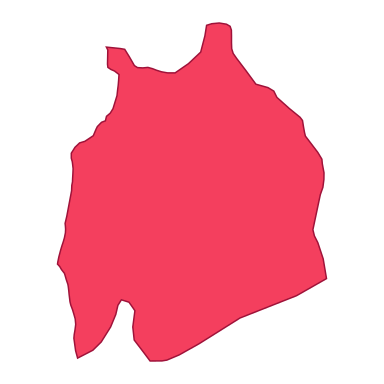 the district of Baoro, Nana-Mambéré, Central African Republic
{"feature_id": "33826404B60338684619617", "entity_name": "Baoro", "entity_type": "district", "adm_level": 2, "iso_a3": "CAF", "parent_name": "Central African Republic", "parent_adm1": "Nana-Mambéré", "projection": "robinson", "projection_center": [16.033, 5.49], "detail": "fine", "context": "isolated", "style": "filled", "palette": "rose", "viewbox_px": 384, "rotation_deg": 0, "n_neighbors": 0, "source": "geoboundaries", "source_scale": "gbopen_adm2", "svg_char_len": 1670}
<svg xmlns="http://www.w3.org/2000/svg" viewBox="0 0 384 384"><path d="M77.6,358.1L92.9,350.2L101.2,342.0L110.6,327.0L115.8,314.4L117.9,305.3L121.4,299.8L129.0,302.2L132.8,307.6L134.9,310.7L132.8,327.0L134.2,340.0L143.5,352.2L150.1,361.0L162.0,360.9L166.9,360.1L179.2,354.9L199.3,343.6L240.0,318.0L296.5,295.7L326.5,278.6L323.2,258.9L317.8,242.6L314.4,235.9L312.9,229.7L320.3,194.7L322.9,187.3L323.9,179.5L324.0,172.8L323.2,168.6L322.3,163.7L321.9,159.2L317.8,152.4L305.4,136.1L304.5,132.4L303.5,126.8L302.5,120.5L300.1,117.3L289.2,108.4L276.9,97.4L273.8,91.1L268.0,87.6L255.9,84.2L245.6,70.2L236.7,58.5L233.2,53.5L231.7,48.7L231.5,42.7L231.5,35.6L231.4,30.1L230.1,26.3L226.5,24.2L219.3,23.0L211.8,23.7L206.6,25.3L204.9,35.9L200.7,52.1L188.4,63.7L175.1,72.9L167.7,72.9L161.5,71.8L156.4,70.2L152.6,68.7L147.9,67.4L142.8,67.9L137.5,67.6L134.4,65.6L129.4,56.9L124.7,49.3L120.0,48.5L106.4,47.1L107.8,50.0L107.5,64.2L107.9,67.4L111.0,69.5L114.5,71.0L115.9,72.1L119.0,74.5L118.6,80.5L118.2,85.3L117.6,90.0L117.0,95.6L116.4,97.6L113.0,108.7L110.2,113.2L106.5,116.3L105.4,120.8L101.5,122.3L97.4,126.5L96.2,128.9L93.3,135.7L84.9,141.3L79.6,142.9L75.0,147.3L71.3,153.2L71.3,158.2L72.3,161.8L72.6,164.2L73.1,168.7L72.9,173.6L72.6,178.7L72.5,181.8L71.8,185.4L71.6,190.7L66.8,216.2L65.1,223.4L65.4,226.2L65.6,229.2L65.4,232.9L64.4,237.9L63.2,242.0L61.8,246.2L60.7,249.9L58.8,257.1L57.8,262.0L57.5,264.1L59.7,266.5L61.5,269.6L64.4,273.3L65.1,275.5L66.3,279.7L67.9,284.4L68.3,286.8L68.8,291.0L69.1,294.3L70.0,301.8L70.8,305.1L72.5,309.6L74.0,314.6L75.2,318.9L75.7,324.4L75.0,329.9L74.2,334.6L73.9,338.3L75.6,350.7L77.6,358.1Z" fill="#f43f5e" stroke="#9f1239" stroke-width="1.5"/></svg>